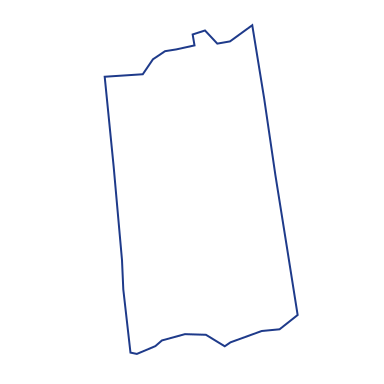 the district of Chester, South Carolina, United States of America, rotated 81°
{"feature_id": "52423323B83893074042223", "entity_name": "Chester", "entity_type": "district", "adm_level": 2, "iso_a3": "USA", "parent_name": "United States of America", "parent_adm1": "South Carolina", "projection": "orthographic", "projection_center": [-81.171, 34.683], "detail": "fine", "context": "isolated", "style": "outline", "palette": "blue", "viewbox_px": 384, "rotation_deg": 81, "n_neighbors": 0, "source": "geoboundaries", "source_scale": "gbopen_adm2", "svg_char_len": 501}
<svg xmlns="http://www.w3.org/2000/svg" viewBox="0 0 384 384"><g transform="rotate(81 192 192)"><path d="M64.5,260.2L154.6,265.4L248.4,271.8L277.5,275.1L341.0,277.9L343.3,271.8L338.5,252.3L333.9,244.9L331.3,221.2L335.2,200.6L349.5,183.8L346.5,177.5L340.2,144.9L341.3,127.0L330.0,106.9L261.9,106.9L188.4,107.0L111.0,106.1L36.7,106.4L49.2,130.9L49.4,143.8L34.5,153.9L36.5,166.7L47.6,166.6L48.7,185.2L48.7,196.6L54.8,209.8L68.0,222.2L64.5,260.2Z" fill="none" stroke="#1e3a8a" stroke-width="2"/></g></svg>